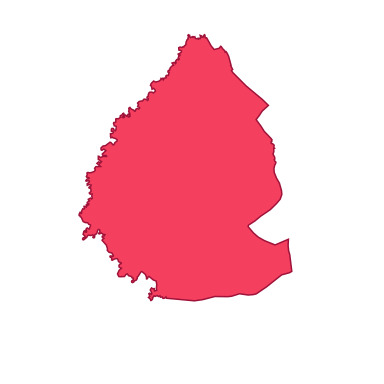 Ban Mai Chaiyaphot, Buri Ram, Thailand, rotated 51°
{"feature_id": "78962969B40296665264995", "entity_name": "Ban Mai Chaiyaphot", "entity_type": "district", "adm_level": 2, "iso_a3": "THA", "parent_name": "Thailand", "parent_adm1": "Buri Ram", "projection": "natural_earth1", "projection_center": [102.815, 15.571], "detail": "fine", "context": "isolated", "style": "filled", "palette": "rose", "viewbox_px": 384, "rotation_deg": 51, "n_neighbors": 0, "source": "geoboundaries", "source_scale": "gbopen_adm2", "svg_char_len": 5921}
<svg xmlns="http://www.w3.org/2000/svg" viewBox="0 0 384 384"><g transform="rotate(51 192 192)"><path d="M172.8,78.1L164.4,79.1L143.7,83.2L125.1,85.1L122.5,85.0L122.4,83.3L118.0,82.3L118.1,81.9L110.0,78.3L106.7,77.4L104.4,77.2L104.2,78.2L102.6,77.6L100.9,78.0L97.3,77.8L96.8,78.0L97.4,80.5L95.2,85.1L90.8,85.2L81.4,83.6L81.1,84.3L80.0,84.5L78.6,83.4L77.7,83.2L77.6,83.9L78.8,86.1L77.8,86.8L76.8,86.2L75.4,87.1L77.1,87.8L77.9,88.9L77.9,89.3L76.9,89.7L77.3,90.7L76.2,90.9L76.1,91.7L74.9,92.7L73.1,92.1L72.9,93.3L72.1,93.2L71.6,93.8L71.9,94.6L71.0,95.1L71.1,95.9L69.6,96.1L68.8,95.2L67.5,95.8L67.7,96.7L69.4,97.1L69.8,98.3L70.6,98.8L70.6,100.1L71.8,102.3L73.7,104.2L73.6,106.0L74.1,107.2L73.4,107.7L73.5,108.7L71.8,110.1L71.5,111.5L73.4,112.9L75.3,111.4L75.9,111.4L76.7,112.6L76.1,116.0L76.9,116.2L77.4,115.0L78.0,115.1L78.4,115.5L78.1,116.6L78.8,118.0L80.7,118.3L80.8,119.2L79.7,119.2L79.5,120.7L80.0,122.4L81.6,123.1L81.8,124.1L80.1,124.2L79.2,126.4L81.9,126.6L81.5,127.8L81.7,130.6L82.4,131.4L82.4,132.2L83.2,132.5L82.8,134.4L83.6,135.2L84.6,134.5L86.5,137.0L85.3,138.4L85.5,139.5L86.6,139.8L86.9,140.4L86.0,141.9L86.7,143.7L85.2,143.2L85.0,144.2L84.2,144.6L85.1,145.6L85.1,147.9L83.7,151.0L81.6,152.0L82.0,155.5L83.0,157.2L84.4,157.0L87.0,158.4L87.3,156.6L89.6,156.5L90.5,156.9L90.8,159.6L89.3,160.2L88.6,161.0L87.8,162.1L87.9,163.2L89.0,165.0L90.1,165.7L89.8,166.7L90.4,167.7L91.9,167.1L92.9,168.4L92.8,169.1L91.5,169.1L89.7,170.7L89.6,171.3L90.1,172.9L88.4,176.0L88.6,178.3L89.1,178.6L90.1,178.3L91.4,180.5L93.2,179.6L93.8,179.9L94.0,181.1L92.6,182.2L92.3,183.2L93.4,185.2L92.9,185.9L91.8,185.7L89.4,187.0L87.2,187.0L87.0,187.7L87.4,188.7L88.5,189.1L89.6,190.6L92.5,191.1L92.5,191.7L91.4,192.4L91.4,192.9L93.3,192.2L94.0,192.3L94.3,192.9L93.6,194.3L92.4,194.0L91.9,194.4L91.8,195.2L90.4,195.2L89.9,195.7L89.8,196.2L91.3,197.6L91.2,198.5L90.5,199.0L90.1,199.0L89.6,196.9L88.1,195.5L87.7,195.6L87.5,196.6L88.0,197.8L87.6,199.6L87.8,200.1L88.9,200.3L88.8,203.0L87.3,204.8L87.3,205.4L89.5,207.0L89.5,208.0L88.8,209.0L89.2,209.8L91.7,210.8L92.9,209.7L93.7,209.8L96.0,212.3L96.2,212.9L94.9,213.6L93.3,213.1L92.2,214.1L92.4,215.1L94.0,216.4L95.3,215.2L96.1,215.4L96.5,216.8L95.4,218.6L95.5,219.0L96.5,219.2L97.2,220.2L98.9,220.9L99.2,219.5L100.1,219.4L101.8,218.1L104.1,217.2L105.1,218.0L105.1,220.9L105.8,222.1L105.9,223.6L102.4,223.9L101.7,224.4L101.5,230.1L100.3,232.1L100.4,234.7L101.2,235.7L102.4,236.1L102.9,235.7L103.2,233.5L105.7,232.9L106.0,237.8L106.7,238.2L107.8,238.1L109.6,235.8L110.5,235.8L110.5,236.4L109.7,236.9L108.2,239.1L107.7,241.4L105.7,241.8L105.2,242.3L107.8,244.4L108.8,243.8L111.6,243.2L111.8,245.6L110.7,245.1L109.8,245.6L109.9,247.9L114.6,247.0L111.8,250.8L112.3,252.8L114.2,253.4L114.5,255.1L113.4,258.3L112.4,259.8L111.3,260.5L111.1,261.7L112.6,262.5L113.6,264.5L114.2,264.5L115.9,263.2L116.5,263.3L115.9,266.0L116.5,267.5L117.1,267.3L118.2,265.0L118.9,264.8L119.7,266.1L119.6,268.3L120.9,269.2L121.3,267.6L123.1,266.0L124.2,267.6L123.4,268.5L123.8,269.5L125.4,268.7L126.2,268.8L128.0,270.2L128.1,272.5L129.6,272.5L130.7,270.8L132.2,272.6L134.1,273.3L134.1,274.5L132.8,274.8L132.4,277.1L132.7,277.5L134.3,277.2L134.1,279.8L134.4,280.3L135.2,280.5L136.2,279.7L136.8,280.2L136.7,281.3L135.6,281.2L135.4,282.2L136.8,282.8L137.2,283.7L135.7,284.2L135.2,285.0L137.3,286.1L137.3,286.7L136.3,287.5L137.3,289.6L139.1,291.3L139.0,291.7L137.9,291.1L137.3,291.7L138.2,293.6L139.2,294.5L139.9,294.0L140.8,294.4L141.9,294.0L146.5,295.2L148.6,294.2L150.3,292.4L152.1,292.6L153.6,291.6L154.2,292.0L156.0,295.0L155.9,295.4L154.0,296.0L153.9,297.0L154.8,298.2L156.3,298.6L156.8,299.3L155.6,300.3L154.6,299.5L154.5,300.8L156.4,303.3L158.9,302.9L159.5,303.2L159.6,304.1L159.1,305.5L159.7,306.7L160.5,306.8L161.0,306.3L161.0,302.4L160.3,300.6L160.4,299.6L162.0,298.2L162.9,296.0L163.8,296.0L164.9,297.6L165.7,297.4L166.0,296.8L165.7,295.9L164.1,294.6L164.4,292.2L162.3,289.2L162.4,288.0L163.2,287.6L164.9,288.5L165.3,290.3L165.7,290.7L166.5,290.1L166.8,288.2L168.9,287.8L170.3,286.5L170.9,287.8L169.9,289.1L169.9,289.7L170.7,290.2L172.6,289.6L172.6,291.6L173.0,292.3L179.2,292.0L182.6,293.2L184.1,294.6L186.7,294.4L188.9,292.7L192.0,293.1L192.3,293.8L190.4,295.5L190.3,296.2L191.1,296.6L192.7,295.8L194.2,297.2L194.8,297.0L195.5,293.8L196.7,292.1L197.6,292.0L199.9,292.9L202.7,291.6L203.1,292.1L202.6,293.7L203.1,295.0L204.5,295.9L206.8,294.8L207.0,297.9L208.8,301.5L211.6,302.1L212.7,301.1L215.2,297.7L214.5,295.0L214.9,293.8L217.1,294.0L219.7,292.2L221.1,292.6L222.0,291.9L223.4,292.9L223.1,294.6L223.4,295.2L224.2,295.6L225.1,295.1L225.3,294.0L224.9,292.8L225.4,290.6L224.7,288.9L223.6,288.0L223.6,286.8L222.0,282.2L222.3,281.0L226.7,280.1L229.4,280.9L230.9,282.0L231.3,281.2L230.4,279.6L230.5,278.6L236.1,277.4L238.6,275.9L241.7,277.6L244.5,280.4L246.2,281.2L245.3,283.4L243.3,282.1L242.4,283.4L241.1,283.8L241.6,285.7L242.1,286.2L243.7,286.3L245.8,287.3L246.0,288.1L244.0,288.6L243.9,289.6L246.5,290.4L246.5,292.2L248.9,291.8L250.4,292.3L250.7,291.7L250.5,290.4L250.2,289.7L249.1,289.1L249.3,287.7L248.8,286.9L250.2,285.9L250.4,284.3L252.0,283.9L252.5,282.2L253.8,282.8L255.0,281.1L256.4,281.5L257.1,280.5L257.1,278.3L258.4,278.8L278.1,258.6L282.4,251.4L287.6,240.0L296.0,229.9L298.0,226.7L301.0,219.1L307.4,213.2L310.2,209.1L311.6,206.2L312.6,194.1L312.8,174.5L316.1,167.0L316.5,164.4L302.1,155.4L298.7,154.0L294.2,151.1L289.4,146.8L285.4,160.8L275.2,166.4L268.8,168.9L262.6,170.0L254.2,170.2L253.3,168.9L254.1,161.4L254.0,153.9L255.0,142.3L254.2,133.9L253.1,128.0L250.4,123.7L247.3,121.6L240.1,118.5L234.4,117.6L228.6,115.8L225.5,113.7L223.6,111.4L222.0,108.3L221.2,108.0L220.0,108.2L218.5,107.6L218.6,107.0L217.1,105.9L213.5,105.2L212.1,102.9L210.0,101.5L210.0,100.3L209.1,100.6L207.3,98.7L205.0,99.0L204.6,99.6L203.9,99.8L202.9,99.0L202.9,98.1L202.2,97.8L201.9,97.0L200.2,96.9L190.2,97.7L184.4,97.0L176.1,96.6L174.9,91.6L173.3,86.6L172.8,78.1Z" fill="#f43f5e" stroke="#9f1239" stroke-width="1.5"/></g></svg>